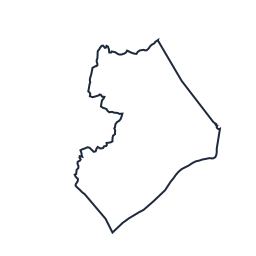 the district of Pekan, Pahang, Malaysia, rotated 49°
{"feature_id": "92858781B2818057588374", "entity_name": "Pekan", "entity_type": "district", "adm_level": 2, "iso_a3": "MYS", "parent_name": "Malaysia", "parent_adm1": "Pahang", "projection": "albers", "projection_center": [103.074, 3.304], "detail": "fine", "context": "isolated", "style": "outline", "palette": "slate", "viewbox_px": 256, "rotation_deg": 49, "n_neighbors": 0, "source": "geoboundaries", "source_scale": "gbopen_adm2", "svg_char_len": 2265}
<svg xmlns="http://www.w3.org/2000/svg" viewBox="0 0 256 256"><g transform="rotate(49 128 128)"><path d="M81.3,47.7L80.9,51.0L81.4,52.4L81.0,54.3L80.7,56.0L80.9,57.9L81.4,59.7L81.6,61.1L81.5,63.1L80.6,64.2L79.3,64.9L78.2,66.6L77.3,68.0L76.9,70.5L77.6,73.0L76.5,74.0L75.1,75.1L73.6,75.9L71.7,76.8L70.0,77.4L69.0,77.9L69.7,79.9L69.4,82.0L68.4,84.4L67.3,86.0L65.6,87.1L63.9,87.5L62.1,88.1L60.5,89.4L59.6,90.0L59.9,91.4L58.7,92.6L56.3,90.9L53.4,89.7L51.9,90.3L52.8,91.9L52.4,92.8L49.4,92.8L48.7,94.1L49.1,96.4L49.9,98.5L50.0,100.1L51.3,101.6L53.0,103.1L55.5,105.6L56.2,107.1L57.5,108.2L59.5,109.0L60.6,110.0L60.6,111.1L60.2,111.3L59.3,115.3L63.3,120.4L65.8,124.3L66.8,125.4L68.8,126.6L69.6,128.1L74.4,134.0L75.7,133.7L77.4,134.0L79.0,135.9L81.4,134.6L82.5,132.6L84.3,128.4L84.1,127.5L85.0,126.7L87.3,127.0L89.0,125.4L89.6,126.6L90.2,129.6L92.1,132.1L94.0,134.3L96.7,133.5L97.8,132.7L99.7,131.8L101.4,132.2L103.9,131.8L104.6,130.5L105.6,129.3L107.5,128.3L108.9,126.8L110.1,125.8L111.7,125.3L112.5,124.1L113.5,122.8L115.1,125.3L116.3,127.4L116.8,129.8L116.3,132.5L116.9,135.0L119.0,137.5L119.2,138.5L121.5,139.3L122.4,140.3L124.1,141.9L124.0,144.4L125.3,146.1L126.8,147.6L127.9,148.5L127.6,150.1L126.6,152.0L125.2,154.0L127.0,155.2L127.3,156.2L126.1,158.2L126.8,159.8L126.4,160.7L125.2,162.4L122.4,163.3L123.0,165.4L124.4,167.8L123.4,169.5L120.5,169.7L117.6,170.0L116.0,171.2L115.2,173.7L114.0,176.8L113.6,178.5L116.3,179.5L118.1,180.8L119.7,181.4L117.6,182.9L118.4,184.0L120.7,184.4L121.1,185.8L120.5,188.0L121.8,189.6L124.1,190.3L125.6,191.7L126.0,194.4L127.6,196.1L128.7,197.2L128.2,198.8L130.2,199.4L132.3,199.4L133.3,199.1L135.0,200.5L135.7,202.7L136.2,204.4L137.1,205.4L139.1,205.4L140.9,205.2L143.3,204.9L146.2,204.8L149.2,204.1L181.9,204.5L196.7,208.3L196.1,194.4L196.8,186.4L198.7,175.5L200.0,170.0L200.0,156.9L199.3,140.9L196.4,130.6L195.8,126.8L194.8,122.9L194.2,118.8L194.2,114.6L195.1,110.8L196.1,107.2L196.7,102.4L197.7,98.6L199.3,95.7L200.6,92.5L202.5,89.3L204.1,86.4L206.7,83.9L207.3,81.3L206.3,79.1L204.4,76.8L201.8,74.6L199.9,72.3L188.9,59.1L188.6,60.1L187.5,60.7L185.9,60.8L185.2,60.0L184.7,59.0L183.8,59.7L183.0,59.7L182.6,58.9L181.0,59.4L179.5,59.7L127.8,56.6L126.6,56.4L81.5,48.0L81.3,47.7Z" fill="none" stroke="#1e293b" stroke-width="2"/></g></svg>